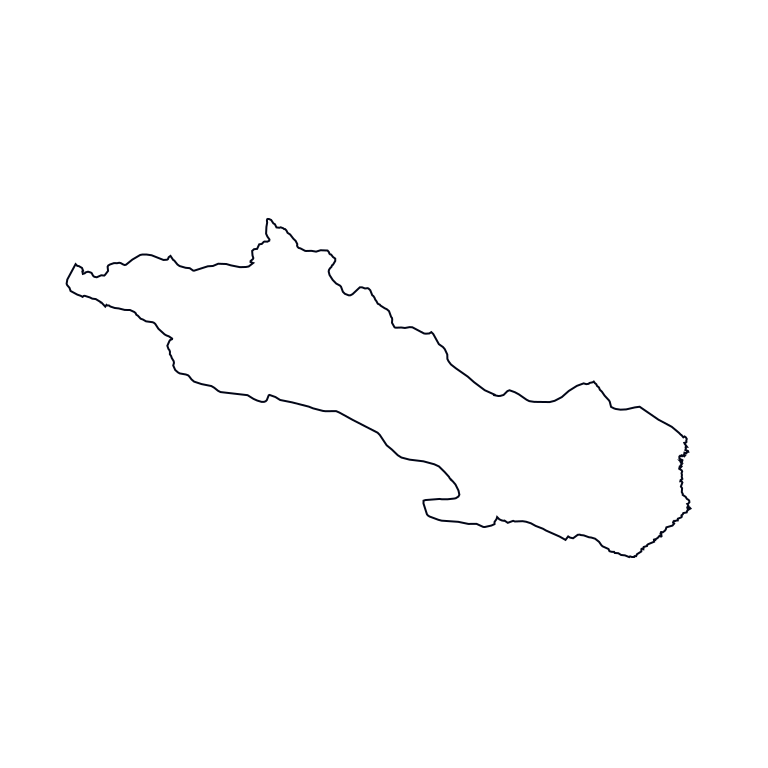 the district of Namentenga, Namentenga, Burkina Faso, rotated 297°
{"feature_id": "67063806B10845212636131", "entity_name": "Namentenga", "entity_type": "district", "adm_level": 2, "iso_a3": "BFA", "parent_name": "Burkina Faso", "parent_adm1": "Namentenga", "projection": "equal_earth", "projection_center": [-0.49, 13.239], "detail": "fine", "context": "isolated", "style": "outline", "palette": "ink", "viewbox_px": 768, "rotation_deg": 297, "n_neighbors": 0, "source": "geoboundaries", "source_scale": "gbopen_adm2", "svg_char_len": 6122}
<svg xmlns="http://www.w3.org/2000/svg" viewBox="0 0 768 768"><g transform="rotate(297 384 384)"><path d="M474.4,266.8L471.1,263.4L469.7,258.9L467.1,254.1L466.8,253.1L466.9,248.0L466.5,246.2L466.9,244.9L467.7,243.8L469.3,243.2L471.4,240.3L472.3,237.3L474.6,232.5L474.9,229.5L476.5,227.3L477.1,225.5L476.7,224.7L477.0,223.5L476.7,220.8L475.7,219.8L474.7,217.1L476.8,214.3L476.9,212.5L478.9,209.0L478.8,206.7L478.3,205.5L477.7,205.1L476.4,205.5L474.8,206.6L470.6,207.9L464.4,210.7L462.4,213.2L460.8,216.3L459.6,216.7L457.9,215.5L456.7,212.9L456.0,212.3L453.3,211.5L451.8,209.4L446.8,209.6L445.1,207.0L442.7,206.1L438.8,208.5L436.9,210.4L435.9,210.5L433.0,209.3L432.1,209.7L432.4,212.5L427.3,210.1L425.6,207.9L422.7,202.6L420.2,193.7L419.3,189.0L415.9,181.7L411.5,178.0L408.9,173.6L398.8,163.4L398.4,162.5L399.0,158.3L397.5,154.5L396.3,148.3L396.7,145.7L398.8,141.0L398.8,139.9L401.2,135.6L399.2,134.6L397.1,134.8L396.2,134.2L394.4,131.2L393.2,118.5L391.5,113.5L389.7,110.0L388.3,108.2L380.6,103.3L373.2,100.0L372.3,99.0L372.1,97.5L372.2,94.5L371.8,93.0L370.5,91.4L369.1,88.5L366.1,85.6L364.4,84.5L363.0,84.5L359.5,86.8L354.6,85.9L353.6,85.5L352.5,82.7L348.7,79.6L348.0,77.2L348.4,75.6L350.1,73.2L350.2,72.1L349.7,69.3L348.0,67.5L346.8,67.1L345.4,65.7L347.4,64.1L348.2,64.6L350.3,62.2L350.5,58.6L350.0,57.1L350.8,54.8L333.3,54.4L329.2,55.7L328.2,56.9L326.9,60.1L324.6,62.5L324.4,70.2L324.9,73.8L324.8,75.9L326.1,76.4L326.7,77.3L327.6,82.6L327.6,85.3L328.8,88.6L328.4,94.1L328.0,94.5L328.3,95.3L326.4,100.5L328.5,100.8L328.3,101.7L329.1,103.2L328.8,105.0L329.5,109.6L330.9,113.3L332.3,119.4L334.6,124.1L334.8,128.9L334.3,130.7L333.3,131.8L333.1,133.8L331.7,137.5L332.0,140.0L331.8,143.5L334.0,149.8L334.1,151.2L333.7,152.9L330.8,157.9L328.6,166.0L328.5,168.2L328.8,170.6L328.3,174.6L327.7,174.8L326.1,173.5L324.8,173.3L319.7,173.6L317.4,176.0L316.7,177.5L315.5,178.7L313.3,179.7L312.3,181.6L310.8,183.1L308.9,186.2L307.4,187.3L304.8,187.8L301.7,191.6L300.8,195.1L300.7,197.2L302.5,203.1L302.8,205.4L302.4,206.9L300.7,210.4L299.9,213.7L301.1,221.5L303.8,231.1L303.6,234.4L302.6,239.2L302.6,242.0L312.1,267.5L311.5,274.5L311.7,278.6L312.5,283.0L313.6,285.2L314.9,286.4L316.5,286.9L321.6,286.4L322.3,287.0L323.1,293.2L322.6,298.7L325.9,310.4L329.7,327.3L330.1,331.8L332.3,341.8L333.1,344.0L338.1,353.7L338.3,357.1L337.8,372.7L337.7,400.4L336.7,403.4L330.6,414.2L329.2,420.7L326.8,428.6L326.4,432.9L328.2,441.1L333.0,454.2L335.3,465.2L335.5,470.4L333.1,478.0L330.8,484.0L329.7,485.6L329.3,487.3L329.0,487.3L328.5,489.5L326.9,493.3L322.9,498.7L319.6,501.4L317.5,501.4L314.8,499.8L313.9,498.7L310.3,493.2L307.5,487.7L306.8,485.7L299.4,473.6L298.0,472.2L295.5,473.4L287.4,481.4L286.8,482.8L286.6,484.7L287.7,494.2L288.4,497.4L294.9,512.7L297.6,522.6L301.4,530.0L301.7,537.3L302.3,538.7L306.6,543.9L309.3,546.1L311.3,545.1L314.7,545.6L316.8,545.2L315.8,548.2L315.9,550.9L316.6,553.1L317.0,553.4L316.5,557.3L320.7,561.2L320.9,563.0L324.7,569.8L325.8,573.2L326.6,578.2L326.4,583.5L327.2,591.3L327.0,594.9L327.8,609.8L327.5,616.5L331.8,617.3L331.6,619.5L332.4,622.5L337.6,625.1L338.7,626.9L338.7,627.8L339.8,630.7L340.5,636.2L341.3,638.4L342.0,642.3L341.0,647.3L339.1,650.8L338.6,652.4L338.9,658.9L337.4,660.8L337.8,663.0L338.9,665.2L338.2,666.3L339.6,669.6L339.3,672.9L340.7,676.5L341.1,681.1L342.1,681.5L342.4,683.5L343.5,685.5L344.4,685.4L345.1,686.8L347.2,686.7L351.6,689.3L353.8,688.3L354.6,688.8L354.6,690.1L356.7,689.4L359.1,691.9L360.2,691.6L361.3,692.2L366.1,696.3L367.5,695.4L367.9,696.2L368.3,695.6L369.4,696.8L371.3,697.8L373.8,698.4L373.8,700.1L374.3,700.4L375.7,699.5L376.2,698.3L377.9,698.1L378.1,698.6L377.8,699.1L378.4,699.7L380.6,700.8L382.2,701.1L384.5,700.7L388.8,705.3L391.3,705.9L391.7,704.5L393.0,704.3L393.7,704.6L393.6,705.2L395.2,706.6L395.8,707.7L397.4,707.0L400.0,709.3L400.9,709.6L402.0,708.7L403.5,709.4L404.9,709.3L407.0,712.0L408.5,711.7L409.7,712.1L410.8,711.1L410.7,712.6L412.2,713.6L412.8,712.1L412.5,710.4L413.7,710.4L414.8,708.7L415.3,709.3L417.3,709.8L418.6,708.9L419.0,707.9L419.2,705.9L420.4,704.0L420.8,700.5L421.7,700.1L422.9,698.4L426.5,696.9L427.4,695.1L431.7,694.6L432.5,693.2L431.9,692.2L433.1,691.9L434.9,692.9L436.6,691.3L438.2,690.8L439.6,689.6L441.4,689.4L442.2,688.5L442.5,685.5L444.2,685.1L444.0,686.1L445.7,686.6L446.3,685.3L447.8,685.7L448.6,684.5L449.0,685.1L449.9,682.6L450.5,684.7L451.6,684.5L451.7,683.7L451.4,682.6L451.9,680.9L453.5,680.1L454.4,680.4L454.5,681.3L455.4,681.4L455.2,682.5L456.1,682.8L455.9,684.4L457.2,684.7L457.3,683.5L459.2,682.9L459.6,684.9L461.0,684.8L461.7,685.9L462.3,685.3L462.0,682.5L463.7,682.2L464.6,681.4L465.1,681.4L465.6,682.4L467.2,679.1L467.9,678.3L468.9,679.6L469.7,679.8L470.6,679.1L472.5,678.7L473.5,677.1L473.7,675.6L472.4,674.9L473.6,672.1L473.5,671.6L474.4,669.0L476.5,659.8L476.8,644.8L479.8,622.1L477.0,618.1L471.3,611.3L468.5,606.4L467.0,601.9L466.7,600.1L466.7,596.7L470.7,593.2L471.5,592.0L473.8,585.8L476.1,581.6L476.9,578.9L478.5,577.1L479.0,574.7L480.2,573.2L480.5,571.6L481.4,569.8L480.3,569.2L478.2,566.6L477.1,566.3L475.7,564.3L475.2,561.6L469.9,556.7L461.7,551.8L453.1,548.4L446.5,543.7L443.1,539.8L436.3,526.0L434.7,521.2L434.7,518.2L436.0,508.8L436.1,504.3L435.4,498.7L433.7,497.2L428.5,495.5L426.1,492.9L425.2,491.3L424.1,487.3L424.7,487.3L424.2,476.6L426.5,463.4L428.6,455.3L430.6,441.0L431.8,434.8L433.5,431.3L435.1,429.1L439.0,427.0L442.6,422.4L443.7,419.8L444.4,414.8L450.9,405.2L451.7,402.6L449.6,401.4L447.8,398.4L447.2,396.7L447.4,383.5L446.3,381.0L443.4,377.2L442.2,373.8L439.7,369.3L439.3,368.3L439.4,367.5L442.2,363.3L445.1,362.1L446.4,361.2L447.1,359.8L451.2,355.4L451.9,352.5L451.8,350.4L452.3,345.2L452.8,344.3L452.7,342.0L454.4,339.6L455.2,337.9L456.6,336.3L457.6,334.5L457.7,333.3L461.3,329.2L462.0,327.0L462.0,326.0L460.5,323.7L460.2,320.7L459.2,318.6L449.8,315.2L447.8,313.8L447.0,312.4L446.6,308.2L447.5,305.5L451.2,301.5L451.7,300.1L451.8,295.8L453.4,291.1L456.4,286.0L459.0,283.7L460.5,283.2L462.4,283.3L464.5,284.0L466.1,283.8L467.1,284.4L471.5,284.7L473.6,283.6L474.0,280.9L475.3,278.2L475.1,277.2L475.4,276.1L476.4,275.2L477.3,273.1L474.4,266.8Z" fill="none" stroke="#020617" stroke-width="2"/></g></svg>